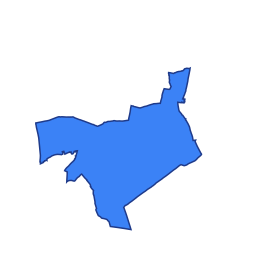 Vulpeni, Olt, Romania, rotated 311°
{"feature_id": "2599482B22802217840007", "entity_name": "Vulpeni", "entity_type": "district", "adm_level": 2, "iso_a3": "ROU", "parent_name": "Romania", "parent_adm1": "Olt", "projection": "robinson", "projection_center": [23.942, 44.455], "detail": "fine", "context": "isolated", "style": "filled", "palette": "blue", "viewbox_px": 256, "rotation_deg": 311, "n_neighbors": 0, "source": "geoboundaries", "source_scale": "gbopen_adm2", "svg_char_len": 5564}
<svg xmlns="http://www.w3.org/2000/svg" viewBox="0 0 256 256"><g transform="rotate(311 128 128)"><path d="M155.0,200.9L156.3,200.8L156.4,200.7L156.6,200.4L156.7,199.8L157.8,196.9L159.6,192.3L161.3,188.6L161.8,187.6L162.2,187.3L163.2,187.0L161.3,185.3L163.6,182.5L164.7,180.7L165.5,179.2L167.3,176.2L168.5,174.6L168.8,174.2L169.3,173.4L170.5,170.7L171.9,166.7L171.8,166.3L172.2,166.0L172.7,165.6L172.4,165.4L173.5,160.9L173.4,160.4L173.3,160.0L173.3,159.9L173.7,159.3L173.8,158.6L174.1,157.0L174.2,155.8L174.6,155.2L175.2,154.1L175.5,153.9L175.8,153.5L178.0,150.8L178.9,149.8L180.1,148.7L182.0,151.6L182.7,151.5L182.9,151.6L182.9,151.9L182.9,152.0L182.8,152.3L182.8,152.5L183.3,153.1L183.6,153.7L183.8,153.8L184.0,153.4L184.4,153.2L184.8,153.7L185.0,153.7L185.5,153.2L185.4,152.8L185.4,152.7L185.6,152.7L185.8,152.8L185.9,152.7L185.8,152.4L186.2,152.3L186.5,152.0L186.8,152.2L187.1,151.9L186.2,151.0L185.9,150.5L185.8,150.2L187.0,150.1L187.0,149.8L187.1,149.7L187.5,149.6L188.1,149.5L189.0,149.0L189.4,149.0L190.3,148.7L192.5,147.8L193.2,147.6L193.9,147.3L195.0,146.5L197.0,145.5L202.4,142.5L204.8,140.9L209.3,138.4L210.8,137.5L212.6,136.5L212.9,136.2L213.9,135.6L213.4,135.4L212.8,134.9L212.5,134.5L212.4,134.2L211.5,133.0L211.1,132.9L210.6,132.5L210.4,132.2L209.7,131.9L209.3,131.9L209.1,132.1L208.1,131.9L207.5,131.9L207.0,131.8L206.6,131.2L205.8,130.9L204.5,129.8L204.2,129.5L203.9,129.2L202.5,128.2L200.7,127.4L200.1,126.9L199.6,126.8L199.2,126.7L198.8,126.3L198.7,126.0L197.9,124.6L197.3,123.5L196.5,122.3L196.0,122.7L195.7,122.9L195.5,123.4L195.2,123.7L195.3,123.7L194.8,124.6L194.2,125.2L192.3,126.8L192.0,127.1L191.7,127.7L191.4,128.0L190.5,128.5L189.7,129.2L189.5,129.3L189.2,129.9L189.0,130.6L188.0,132.2L187.7,133.1L187.6,133.3L185.1,134.0L184.7,134.0L184.2,133.8L182.9,131.9L181.4,129.5L180.4,129.9L179.7,130.1L176.0,131.7L174.6,132.5L173.7,133.3L171.8,134.2L170.2,134.9L167.8,136.2L167.3,135.5L165.9,134.2L164.8,133.2L163.8,132.1L162.9,131.3L162.5,131.1L159.7,129.3L156.5,127.5L155.0,126.3L153.0,125.2L151.4,124.2L151.0,123.9L150.8,123.6L150.0,122.1L148.8,119.6L148.0,118.2L147.9,117.8L148.0,117.5L147.2,116.4L147.0,115.9L146.9,116.0L146.8,115.9L146.7,115.9L144.9,116.9L144.4,117.2L141.5,119.1L138.5,120.8L136.8,121.7L135.5,122.4L135.0,122.8L134.3,123.2L134.1,123.2L133.9,123.1L133.1,122.3L130.6,120.2L129.4,119.1L128.3,117.7L127.7,116.9L126.1,115.2L125.2,114.0L124.9,113.3L124.5,112.8L124.0,112.3L123.4,112.0L122.4,111.1L121.2,110.1L119.7,108.5L119.3,108.3L117.9,107.7L117.6,107.4L117.0,106.7L116.8,106.4L116.4,106.3L114.9,106.4L114.3,106.2L113.0,105.7L110.5,104.5L109.7,104.1L109.2,103.7L108.9,102.9L108.8,102.3L108.3,101.4L108.2,101.1L108.1,100.6L108.1,100.0L107.4,98.8L105.9,94.6L105.2,92.7L104.7,91.4L104.4,90.5L103.8,89.1L103.4,88.0L102.8,86.4L102.4,85.7L102.0,84.6L100.7,81.0L100.6,80.4L100.5,79.7L100.4,79.5L100.0,78.9L99.3,78.3L98.4,77.2L98.1,77.1L98.0,76.8L97.7,76.4L95.9,74.4L93.3,71.0L92.5,70.1L91.9,69.7L91.6,69.0L91.2,68.6L90.7,68.1L88.8,67.0L84.8,64.9L82.1,63.5L80.2,62.1L78.7,60.8L76.0,58.8L73.0,56.4L72.1,55.8L71.5,55.2L71.3,55.1L70.3,56.1L69.6,57.1L68.7,58.1L68.0,59.0L66.8,60.7L64.4,64.0L61.9,67.2L50.4,79.3L49.7,80.0L47.7,81.6L46.8,82.2L44.8,83.7L45.1,84.0L43.5,85.4L45.5,86.3L46.4,86.7L47.0,86.3L47.3,86.6L47.8,86.8L48.1,86.7L48.5,86.5L49.0,87.1L49.2,87.3L49.4,87.3L49.8,87.2L49.9,87.3L50.0,87.5L50.4,87.8L50.4,88.0L50.9,87.6L51.7,87.1L53.9,87.8L54.5,88.2L57.1,88.9L59.4,90.1L60.5,90.9L61.3,91.6L61.6,91.8L62.5,92.9L63.9,94.7L64.0,95.1L64.7,95.5L65.5,95.9L65.8,95.7L66.4,95.0L66.8,94.3L66.9,94.0L67.2,94.1L68.1,94.7L68.3,95.0L67.6,95.8L67.5,96.1L67.4,96.9L66.9,97.5L67.9,98.0L68.0,97.9L68.3,98.0L69.3,98.6L71.0,99.4L71.6,99.7L71.5,99.9L71.5,100.2L71.6,100.5L72.5,100.7L71.5,102.5L72.2,103.3L73.0,103.3L73.3,103.2L73.7,103.2L73.9,103.1L74.0,103.2L75.2,102.8L75.3,103.0L75.5,104.0L76.0,104.0L76.4,104.1L76.5,104.0L76.1,103.2L77.6,104.7L75.5,105.8L74.1,106.4L73.4,106.7L73.2,106.9L72.8,106.8L72.9,107.0L70.1,108.3L69.7,108.0L68.8,108.4L68.2,108.6L67.2,108.4L66.4,108.5L66.0,108.3L65.7,108.3L63.6,108.1L60.3,108.1L57.9,107.8L56.7,107.8L55.4,107.9L54.8,108.0L54.2,108.2L54.4,108.7L54.6,109.6L55.0,110.7L55.0,110.9L55.0,111.0L54.1,111.6L53.9,111.9L47.2,117.1L47.6,117.1L47.9,117.3L48.3,117.4L48.5,117.4L49.2,117.7L49.5,117.9L50.3,118.6L51.1,119.4L51.7,120.4L52.1,121.3L52.5,122.0L52.7,122.3L52.9,122.4L53.4,122.6L53.7,122.6L54.2,122.6L54.5,122.5L56.8,122.4L57.9,122.5L58.7,122.8L59.8,123.0L60.9,122.9L61.8,123.0L62.8,123.3L62.0,128.0L61.8,131.1L61.5,131.2L60.7,135.9L60.6,136.3L60.4,136.9L60.0,137.3L59.6,137.8L59.5,138.2L59.1,138.1L58.5,140.2L58.2,143.0L57.7,143.2L57.0,143.7L55.7,144.8L55.0,145.7L54.9,146.1L54.3,147.0L50.5,151.7L50.2,152.0L49.8,152.2L49.4,152.6L46.7,156.9L46.5,157.1L45.9,157.1L45.5,157.3L45.1,157.5L43.8,160.0L42.5,162.8L42.4,163.2L42.7,164.4L42.9,165.6L42.8,166.3L42.7,166.7L42.7,167.2L42.9,167.7L43.7,169.0L44.7,171.0L45.1,172.1L45.1,172.4L45.1,172.9L44.9,173.2L44.9,173.5L44.8,173.9L44.9,174.5L44.7,175.4L42.1,179.3L46.3,185.7L49.8,191.2L53.3,196.9L54.8,194.5L61.5,183.6L64.8,177.8L65.2,176.9L65.6,176.9L67.7,176.7L69.1,177.5L69.9,177.6L71.0,178.0L72.3,178.1L75.4,178.9L82.8,180.3L89.2,181.8L91.7,182.5L94.4,183.0L98.8,184.3L99.8,184.4L100.6,184.7L103.4,185.2L105.2,185.3L106.6,185.7L112.2,187.1L113.6,187.3L116.7,188.1L120.1,188.8L126.4,190.0L128.5,190.6L133.2,191.4L134.2,191.7L135.1,192.0L135.8,193.7L136.1,194.3L136.3,195.0L136.6,195.3L138.2,196.3L139.2,196.7L140.2,196.9L141.3,197.3L143.4,198.3L147.1,200.0L149.0,200.3L151.2,200.3L155.0,200.9Z" fill="#3b82f6" stroke="#1e3a8a" stroke-width="1.5"/></g></svg>